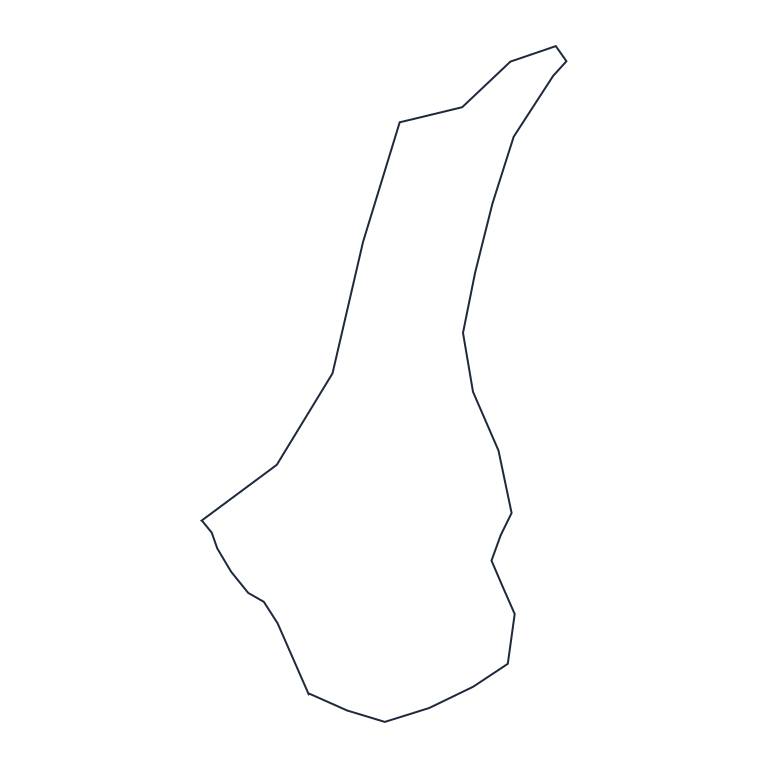 the border of Kangarli
{"feature_id": "AZE-5567", "entity_name": "Kangarli", "entity_type": "District", "adm_level": 1, "iso_a3": "AZE", "parent_name": "Azerbaijan", "parent_adm1": "", "projection": "equal_earth", "projection_center": [45.174, 39.448], "detail": "fine", "context": "isolated", "style": "outline", "palette": "slate", "viewbox_px": 768, "rotation_deg": 0, "n_neighbors": 0, "source": "natural_earth", "source_scale": "10m", "svg_char_len": 565}
<svg xmlns="http://www.w3.org/2000/svg" viewBox="0 0 768 768"><path d="M555.8,46.1L566.4,61.2L566.2,61.5L553.2,75.8L513.7,136.7L492.4,203.7L475.1,272.7L463.0,332.9L473.0,391.8L498.5,450.6L511.6,513.0L500.7,535.2L491.5,560.6L502.6,586.5L514.7,614.0L507.8,663.8L473.2,686.7L429.2,708.0L384.8,721.9L347.1,710.5L309.6,693.8L308.7,694.3L277.6,623.3L263.9,601.9L248.2,592.9L231.1,571.7L217.3,548.5L211.7,532.6L202.4,521.2L201.6,520.6L276.8,464.8L332.5,373.4L363.1,241.7L399.7,122.3L462.2,107.2L510.4,61.6L555.8,46.1Z" fill="none" stroke="#1e293b" stroke-width="2"/></svg>